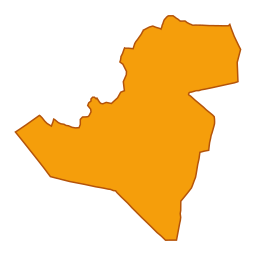 Al-Hamza, Al-Qādisiyyah, Iraq
{"feature_id": "34846034B52721484909076", "entity_name": "Al-Hamza", "entity_type": "district", "adm_level": 2, "iso_a3": "IRQ", "parent_name": "Iraq", "parent_adm1": "Al-Qādisiyyah", "projection": "equal_earth", "projection_center": [44.892, 31.592], "detail": "fine", "context": "isolated", "style": "filled", "palette": "amber", "viewbox_px": 256, "rotation_deg": 0, "n_neighbors": 0, "source": "geoboundaries", "source_scale": "gbopen_adm2", "svg_char_len": 2752}
<svg xmlns="http://www.w3.org/2000/svg" viewBox="0 0 256 256"><path d="M229.8,24.4L229.3,24.9L228.5,25.7L228.0,25.8L225.5,25.8L224.7,25.8L222.9,25.8L218.1,25.7L215.1,25.7L213.5,25.6L209.2,25.6L202.0,25.2L195.7,25.1L193.4,25.2L192.6,25.2L191.0,24.4L189.8,24.0L186.6,22.3L185.7,21.4L185.0,21.0L182.0,21.1L181.0,21.1L180.3,21.1L178.9,20.0L177.7,19.0L176.4,18.3L175.2,17.3L174.0,16.5L173.4,16.0L173.0,15.8L171.4,15.8L170.3,15.8L169.5,15.8L169.0,15.8L168.2,15.9L166.5,17.2L165.4,18.6L164.6,19.3L164.2,20.0L163.7,21.1L163.4,22.0L162.8,23.9L162.2,25.1L161.9,26.5L161.6,27.7L160.9,28.7L160.9,29.0L160.2,28.6L158.3,28.0L156.5,27.5L154.9,26.9L153.7,26.4L153.2,26.2L152.5,26.1L151.6,26.4L149.5,27.0L147.1,28.2L145.2,29.2L143.9,29.9L143.3,30.1L142.9,31.3L142.3,32.1L141.8,33.2L141.0,34.6L139.0,37.4L137.6,39.4L136.9,40.3L136.5,40.8L135.6,42.0L134.7,43.7L134.2,45.3L133.5,47.5L133.1,48.7L128.5,48.2L127.6,48.2L127.2,48.2L126.2,48.2L125.6,48.2L125.3,48.2L124.6,47.9L124.0,49.4L123.7,50.2L122.6,53.4L121.6,55.4L121.0,56.5L120.9,57.6L120.6,59.3L120.6,59.9L119.9,61.9L119.9,62.0L122.9,64.2L126.5,71.4L126.3,74.8L123.3,81.7L124.4,90.7L120.7,92.2L117.6,97.8L111.4,103.5L106.2,102.4L102.8,103.8L100.7,103.4L99.4,102.0L96.9,98.1L96.1,98.8L94.4,97.2L92.6,97.2L91.0,99.0L91.0,101.0L88.7,102.9L87.7,105.5L90.7,109.2L91.0,111.9L89.1,115.6L88.1,116.6L86.0,116.9L82.5,117.0L80.3,119.4L80.3,124.5L79.0,127.7L75.4,127.9L72.0,127.3L68.5,125.8L65.9,125.4L64.1,124.3L60.9,123.8L58.3,122.6L54.6,119.5L53.7,119.1L53.0,121.8L51.6,125.5L51.4,126.1L48.9,124.6L47.0,123.4L44.7,121.1L42.2,117.9L40.1,115.8L39.4,115.4L25.3,125.4L25.1,125.5L19.4,129.4L15.4,132.0L23.0,141.4L39.3,162.0L44.5,168.7L47.6,172.9L50.4,176.6L55.4,177.9L69.6,181.5L84.7,184.4L95.8,186.8L100.1,187.5L103.9,188.2L108.1,189.1L110.5,189.4L113.4,190.6L115.6,190.8L116.8,192.4L121.5,197.2L127.7,203.1L132.0,207.8L141.9,217.7L149.8,225.3L157.0,232.5L161.2,236.0L165.5,240.2L169.7,240.1L173.2,240.1L176.5,240.1L178.4,230.1L179.5,224.2L179.9,222.2L180.3,220.6L180.7,217.3L180.2,213.6L180.7,210.6L180.8,201.2L184.1,197.2L186.8,193.9L189.4,190.6L190.6,189.0L191.4,188.0L192.4,185.6L194.3,180.4L195.5,177.4L196.2,173.8L197.7,164.6L199.0,158.8L199.9,152.3L204.4,151.1L208.7,150.3L208.8,149.4L209.2,145.9L209.6,142.6L210.6,138.3L211.1,135.5L212.0,132.9L213.1,129.1L214.0,125.9L214.2,125.0L214.5,123.9L214.6,121.8L214.5,119.1L214.2,116.7L212.7,115.1L209.3,112.3L206.3,109.9L203.5,107.2L195.0,100.1L190.6,96.1L188.9,95.0L188.5,94.1L189.1,92.8L190.1,92.2L191.4,92.1L194.1,91.3L196.1,90.7L198.9,90.6L201.3,89.8L205.3,89.1L212.5,87.6L222.5,85.4L227.9,84.2L234.5,82.8L237.9,81.7L238.0,81.6L237.9,80.4L237.5,69.6L237.2,62.4L240.6,49.4L238.8,45.9L234.2,36.3L231.0,28.0L229.8,24.4Z" fill="#f59e0b" stroke="#b45309" stroke-width="1.5"/></svg>